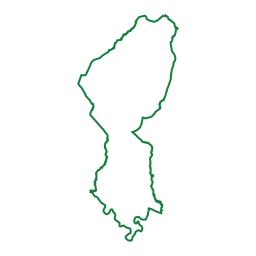 Pho Chai, Roi Et, Thailand (Equal Earth projection)
{"feature_id": "78962969B887090741861", "entity_name": "Pho Chai", "entity_type": "district", "adm_level": 2, "iso_a3": "THA", "parent_name": "Thailand", "parent_adm1": "Roi Et", "projection": "equal_earth", "projection_center": [103.793, 16.312], "detail": "fine", "context": "isolated", "style": "outline", "palette": "green", "viewbox_px": 256, "rotation_deg": 0, "n_neighbors": 0, "source": "geoboundaries", "source_scale": "gbopen_adm2", "svg_char_len": 5870}
<svg xmlns="http://www.w3.org/2000/svg" viewBox="0 0 256 256"><path d="M145.7,219.4L148.1,214.3L147.9,213.3L148.8,210.6L148.8,209.3L148.6,208.6L148.9,208.3L151.7,209.2L156.7,211.7L161.0,213.1L160.8,212.5L161.3,211.9L161.0,210.8L161.2,210.3L161.7,210.2L161.1,209.3L161.3,208.6L161.2,208.0L162.0,207.0L161.9,206.5L162.2,206.1L162.0,205.4L162.3,204.8L161.7,204.1L161.0,204.5L160.5,203.7L160.7,201.8L159.7,201.5L159.3,202.1L158.9,201.6L158.8,202.1L158.4,201.8L158.3,202.2L157.7,202.2L157.4,201.7L157.0,201.6L157.2,201.2L156.6,201.3L156.6,200.9L156.3,200.9L156.3,200.6L156.0,200.5L155.9,200.0L155.6,200.1L155.5,199.2L155.0,198.9L155.1,198.5L154.3,197.3L154.5,196.6L154.4,196.1L154.1,195.9L154.5,195.7L154.5,195.1L153.4,194.2L153.7,193.8L153.4,193.6L153.3,190.1L152.7,189.0L152.1,188.6L151.7,187.8L151.5,186.6L151.1,186.0L151.2,185.6L151.7,185.3L152.6,182.5L152.4,181.2L151.6,180.0L151.6,177.6L152.2,176.8L152.1,176.4L152.9,176.4L153.3,176.0L153.0,175.1L152.4,175.1L151.9,175.6L151.6,175.2L151.3,175.3L151.3,174.6L150.0,172.9L150.2,172.3L150.6,171.9L150.8,171.1L150.6,170.3L150.7,168.8L150.4,168.5L150.6,167.7L150.4,167.0L150.2,166.9L150.2,166.3L149.8,165.9L150.5,163.9L150.2,163.0L150.4,162.2L150.3,160.4L149.9,158.9L150.6,157.7L150.5,157.2L151.9,155.6L152.1,153.9L151.0,152.8L151.5,151.1L152.0,150.8L151.9,149.7L152.3,148.8L152.2,147.1L151.9,147.1L151.9,146.5L151.3,145.9L150.9,145.2L148.9,143.7L148.4,143.2L148.4,142.8L147.7,142.7L147.5,142.9L146.2,142.6L145.9,142.8L145.1,142.1L144.7,142.3L143.9,142.0L143.6,142.2L142.7,141.9L140.6,139.5L138.7,138.0L134.6,133.9L132.4,132.1L135.8,130.8L138.7,128.8L140.0,127.4L141.4,124.3L142.8,117.6L143.7,117.7L145.5,118.4L146.3,118.0L149.5,117.4L151.6,116.6L152.4,116.0L155.0,113.0L155.5,111.7L156.5,111.3L157.2,110.5L159.1,109.3L159.4,108.7L160.1,108.6L160.4,108.0L160.3,107.0L159.7,106.7L160.0,105.8L159.6,104.6L159.4,104.4L159.5,103.9L160.1,103.4L160.1,102.2L161.0,101.7L161.1,101.2L161.5,100.8L161.9,101.0L162.7,100.2L163.5,100.2L163.9,99.7L163.8,99.2L164.3,98.8L164.4,97.6L165.4,95.7L167.4,88.4L168.8,85.1L170.9,78.8L170.8,76.1L172.0,68.5L173.1,66.5L173.6,62.8L174.2,61.7L174.8,61.0L175.3,59.3L175.4,57.8L174.4,54.6L171.9,51.0L170.9,44.8L170.6,43.8L170.8,42.8L170.7,42.2L171.3,41.9L172.1,40.8L172.5,38.6L172.3,38.2L172.3,37.2L172.8,37.0L172.8,36.5L173.6,36.5L173.9,35.8L174.4,35.7L174.9,34.6L175.7,32.1L175.8,30.3L175.9,29.8L176.1,29.8L176.2,28.7L177.2,28.8L177.7,28.5L176.9,27.8L176.3,27.8L176.3,27.5L175.4,27.6L175.2,26.4L174.7,25.9L174.4,23.6L172.9,22.2L171.9,21.6L171.2,20.6L170.1,20.3L169.6,19.4L168.6,19.3L167.7,16.9L166.1,15.7L165.9,16.0L165.5,15.4L165.3,15.7L163.9,16.1L163.4,15.7L162.6,16.0L158.0,20.1L154.9,21.6L153.9,21.7L149.9,20.7L147.2,19.3L146.7,18.6L145.8,16.4L144.8,15.7L139.3,17.0L136.9,19.6L136.7,20.3L136.2,20.6L135.8,21.5L136.1,21.7L135.8,22.3L136.1,22.6L136.1,23.0L135.8,23.3L135.7,23.9L135.3,24.2L134.9,25.8L134.2,26.4L134.0,27.3L132.9,28.2L132.0,28.4L132.1,28.8L131.9,29.1L130.7,29.7L130.5,30.1L130.7,30.4L130.2,30.6L130.2,30.9L128.9,31.1L128.2,31.9L128.2,31.6L127.7,31.6L127.5,32.6L127.0,32.8L127.1,33.2L125.9,33.8L126.0,34.2L125.8,34.5L125.5,34.6L125.5,34.3L125.3,34.2L125.2,34.5L124.5,34.4L123.9,34.9L123.4,34.7L122.8,36.8L121.7,37.7L121.8,38.9L121.4,39.5L120.7,39.1L120.1,40.1L117.8,40.1L117.0,40.5L116.7,41.8L115.5,43.0L114.9,43.1L114.8,44.8L114.2,45.5L114.4,46.0L114.4,47.2L114.2,48.0L113.7,48.0L113.2,48.5L113.0,48.3L112.8,48.9L112.0,49.0L111.4,49.7L110.2,49.7L109.5,50.3L109.1,50.2L109.2,50.8L108.9,51.5L102.7,55.4L100.0,58.0L94.3,59.8L92.3,61.3L91.0,63.2L89.9,66.1L85.8,74.9L84.7,75.3L81.3,75.2L78.3,83.9L79.8,86.0L81.0,87.1L82.3,88.8L84.1,92.3L85.2,93.5L85.3,94.6L86.1,96.3L87.4,97.5L87.7,98.1L89.0,99.3L90.2,100.9L90.8,102.4L92.3,104.2L92.9,103.9L93.5,106.2L93.4,107.5L92.8,107.7L93.0,108.3L92.1,109.6L92.4,109.9L91.2,111.3L90.5,112.8L90.2,114.7L100.9,127.0L103.3,129.5L105.2,132.3L106.6,133.6L107.2,134.5L107.6,136.1L107.4,137.1L107.7,137.9L107.2,138.8L107.6,139.4L107.4,139.4L107.5,139.7L107.3,139.6L107.2,140.3L107.2,141.2L106.1,142.4L105.7,142.4L105.7,143.1L105.2,143.6L105.0,144.5L104.7,145.2L105.0,146.2L105.0,147.8L105.8,148.5L105.8,150.0L106.8,151.7L106.3,152.9L106.0,153.1L105.5,154.5L105.8,154.8L105.7,155.1L106.1,155.7L107.1,156.6L107.0,157.8L106.6,158.4L106.3,158.4L106.5,159.0L106.2,159.5L106.3,160.0L106.0,161.2L105.8,161.5L105.5,161.3L105.3,161.9L105.7,162.4L105.5,162.7L105.1,162.8L105.1,164.2L104.5,164.0L103.5,165.9L102.3,166.6L102.0,167.7L101.2,167.4L100.5,167.8L100.5,168.3L100.0,169.4L98.1,170.2L96.0,173.2L96.0,173.8L96.6,174.9L96.3,175.6L96.5,176.0L96.4,176.9L96.5,177.2L96.3,178.0L96.4,178.8L96.1,179.5L95.9,179.1L95.7,179.1L95.8,179.9L95.4,180.5L95.6,180.5L95.1,181.0L95.1,181.8L94.7,181.9L94.5,182.5L95.3,183.5L94.7,184.1L94.7,184.5L95.0,185.4L95.5,185.8L95.7,188.4L96.1,190.0L96.0,190.5L95.5,190.8L95.3,190.6L94.3,190.6L94.3,191.0L93.6,191.0L93.4,191.3L92.2,190.7L91.9,191.0L91.3,190.5L91.2,190.8L90.6,190.8L90.3,192.0L92.3,192.7L94.5,196.0L95.2,196.5L96.7,196.9L97.4,197.4L101.1,202.6L104.9,205.0L105.3,205.9L105.2,206.9L103.6,209.9L103.5,210.7L103.9,211.9L105.2,213.5L106.6,214.2L107.8,213.8L109.3,212.6L110.7,209.7L111.3,209.4L112.2,209.5L113.2,211.8L115.0,213.8L115.3,214.6L115.3,215.3L114.8,217.7L114.8,219.0L115.5,219.9L119.3,222.7L119.5,223.3L119.5,225.8L119.7,226.2L120.7,226.4L123.4,225.5L127.3,227.9L129.5,228.3L130.2,228.9L130.5,229.7L130.7,231.5L130.6,233.0L130.1,233.4L128.8,233.7L125.7,236.5L125.7,237.8L126.1,238.7L128.0,240.2L129.6,240.6L131.5,240.5L132.8,236.5L134.5,234.7L135.6,232.0L137.7,230.4L138.9,230.3L141.0,231.4L141.5,231.1L141.9,230.2L142.3,228.8L142.1,227.0L141.6,226.2L140.6,225.7L139.0,224.0L138.6,222.0L138.4,221.5L137.6,221.5L136.9,223.0L136.1,223.5L135.2,223.3L134.5,222.5L134.3,220.6L134.8,218.5L135.2,217.8L136.0,217.2L138.7,217.0L140.9,218.8L142.5,219.6L143.9,219.7L145.7,219.4Z" fill="none" stroke="#15803d" stroke-width="2"/></svg>